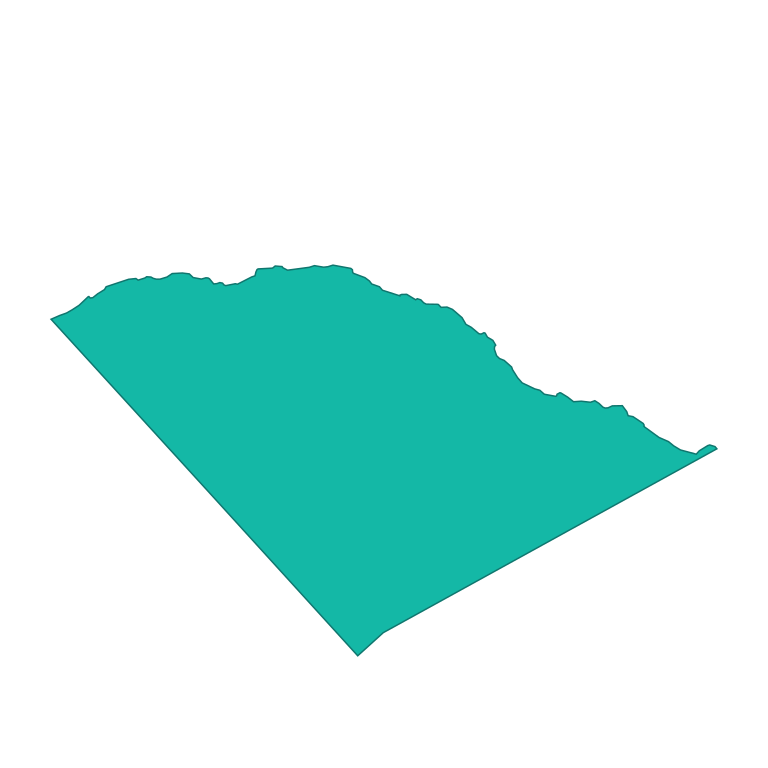 Presidio, Texas, United States of America, rotated 138°
{"feature_id": "52423323B92102614150660", "entity_name": "Presidio", "entity_type": "district", "adm_level": 2, "iso_a3": "USA", "parent_name": "United States of America", "parent_adm1": "Texas", "projection": "mercator", "projection_center": [-104.492, 29.947], "detail": "fine", "context": "isolated", "style": "filled", "palette": "teal", "viewbox_px": 768, "rotation_deg": 138, "n_neighbors": 0, "source": "geoboundaries", "source_scale": "gbopen_adm2", "svg_char_len": 1803}
<svg xmlns="http://www.w3.org/2000/svg" viewBox="0 0 768 768"><g transform="rotate(138 384 384)"><path d="M180.0,113.1L179.9,116.0L182.7,120.7L184.6,121.6L194.4,123.4L198.9,122.9L207.8,136.6L210.1,144.2L211.1,150.7L215.4,160.3L219.1,177.7L219.1,178.7L218.2,179.4L217.8,181.2L220.8,193.1L223.8,197.1L222.1,201.0L221.4,208.4L229.0,215.0L233.5,216.4L235.8,218.2L236.8,220.3L237.2,225.7L238.5,230.5L242.8,232.3L248.9,239.2L255.0,244.0L256.3,251.4L258.5,258.9L259.1,259.8L262.3,260.6L263.4,259.8L264.6,259.9L271.7,269.1L272.4,275.1L275.3,279.6L280.6,292.4L280.5,299.3L278.9,308.6L277.8,311.2L278.9,321.1L281.1,325.6L281.4,329.7L278.7,336.0L276.8,337.8L275.0,338.1L273.9,343.6L275.8,349.6L274.8,354.1L275.4,355.2L278.4,356.1L279.8,357.8L281.2,367.7L283.2,373.5L281.6,381.1L283.2,393.6L285.7,399.0L290.3,402.8L290.4,406.7L291.1,407.6L299.2,415.1L300.2,417.9L300.3,421.9L302.2,425.1L304.1,425.4L307.1,435.4L310.9,438.7L312.7,439.4L313.2,438.9L322.4,454.7L322.3,459.3L326.2,466.5L325.9,470.3L327.0,475.8L332.5,486.4L332.7,487.7L331.0,490.1L331.3,492.1L342.4,506.5L347.2,508.7L350.7,511.2L356.5,518.5L361.4,520.7L379.5,533.1L381.3,537.8L381.2,539.5L385.9,544.5L389.3,544.7L400.6,553.8L401.8,554.0L404.3,552.9L407.5,550.7L410.7,552.1L426.1,556.2L427.4,558.0L435.8,563.0L436.6,564.6L436.5,567.0L438.1,569.2L441.0,570.4L443.6,572.3L443.3,579.0L443.8,580.5L445.3,582.1L449.5,584.2L454.6,590.8L455.0,596.1L459.6,601.4L467.5,607.8L473.7,608.7L480.3,611.8L483.1,614.3L484.8,617.0L485.6,619.4L488.6,622.5L490.8,622.8L497.2,625.7L497.8,628.4L503.7,632.7L525.4,642.2L528.6,641.2L536.2,642.6L542.7,643.0L544.8,644.5L544.8,646.5L545.4,646.8L557.9,646.5L566.1,647.8L572.5,649.2L579.1,651.9L588.1,654.9L586.5,417.4L585.4,199.6L550.9,199.7L344.8,151.6L180.0,113.1Z" fill="#14b8a6" stroke="#0f766e" stroke-width="1.5"/></g></svg>